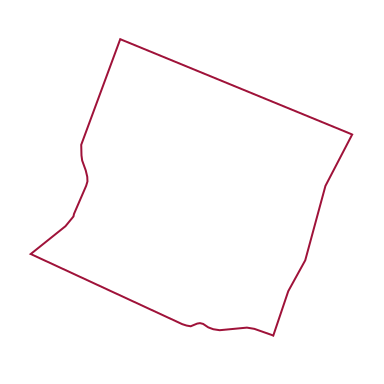 an SVG outline of Trelawny, rotated 104°
{"feature_id": "JAM-1375", "entity_name": "Trelawny", "entity_type": "Parish", "adm_level": 1, "iso_a3": "JAM", "parent_name": "Jamaica", "parent_adm1": "", "projection": "robinson", "projection_center": [-77.552, 18.351], "detail": "fine", "context": "isolated", "style": "outline", "palette": "rose", "viewbox_px": 384, "rotation_deg": 104, "n_neighbors": 0, "source": "natural_earth", "source_scale": "10m", "svg_char_len": 525}
<svg xmlns="http://www.w3.org/2000/svg" viewBox="0 0 384 384"><g transform="rotate(104 192 192)"><path d="M97.5,50.5L153.8,64.0L230.9,65.6L264.9,74.6L311.7,78.4L311.4,80.3L309.7,98.4L310.3,105.9L319.4,131.7L320.0,138.2L319.4,143.5L317.3,149.3L317.3,152.5L318.4,155.1L322.6,160.8L322.9,165.0L322.6,169.5L291.2,333.5L255.8,306.5L244.4,301.1L241.9,301.2L211.6,296.2L207.0,296.0L202.6,297.3L196.8,300.3L188.0,306.2L183.2,308.1L173.0,310.9L61.1,298.6L97.2,52.1L97.5,50.5Z" fill="none" stroke="#9f1239" stroke-width="2"/></g></svg>